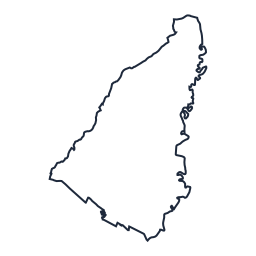 outline of Cajicá, Cundinamarca, Colombia
{"feature_id": "7082276B54625644795372", "entity_name": "Cajicá", "entity_type": "district", "adm_level": 2, "iso_a3": "COL", "parent_name": "Colombia", "parent_adm1": "Cundinamarca", "projection": "robinson", "projection_center": [-74.022, 4.935], "detail": "fine", "context": "isolated", "style": "outline", "palette": "slate", "viewbox_px": 256, "rotation_deg": 0, "n_neighbors": 0, "source": "geoboundaries", "source_scale": "gbopen_adm2", "svg_char_len": 5850}
<svg xmlns="http://www.w3.org/2000/svg" viewBox="0 0 256 256"><path d="M202.3,44.0L202.2,39.4L201.9,35.6L201.5,33.2L200.5,29.4L200.0,24.2L199.2,22.5L198.1,20.9L197.4,18.8L197.2,17.8L190.4,16.0L189.9,15.6L187.9,15.4L187.0,15.5L186.2,15.9L183.2,17.9L181.6,18.6L176.9,19.5L173.9,19.3L174.0,21.8L172.9,25.9L173.2,27.2L173.3,28.9L173.8,29.5L174.4,31.2L174.7,31.7L175.4,32.3L176.1,32.4L175.1,33.8L174.3,34.4L173.1,34.9L170.1,35.7L167.4,37.8L168.0,39.6L168.5,42.0L167.5,42.8L165.9,43.6L163.4,45.7L161.8,46.7L158.5,50.8L156.4,52.5L153.4,54.0L151.5,56.2L148.6,57.4L146.8,58.9L145.5,60.4L143.0,61.7L140.9,63.1L134.6,66.9L134.0,66.9L132.2,68.2L131.1,68.3L129.8,67.5L125.2,69.3L123.7,70.3L123.0,71.1L122.0,72.6L121.2,75.4L120.4,77.2L118.3,80.1L117.1,81.3L116.0,81.5L115.0,82.2L114.4,82.3L113.3,82.8L113.0,83.3L112.1,83.9L111.2,88.2L108.9,94.2L109.0,95.0L108.8,95.7L108.5,96.2L106.7,96.5L106.1,96.8L105.2,97.9L104.9,98.4L104.1,101.0L103.0,103.1L102.8,104.4L101.9,103.8L99.7,107.1L99.3,107.4L100.1,108.9L100.7,110.4L99.7,110.8L98.0,111.8L96.9,113.0L96.5,115.6L95.9,117.4L96.1,120.1L95.4,123.3L94.5,124.9L93.5,126.4L93.2,127.6L92.3,129.2L91.3,130.2L90.1,130.9L88.7,131.3L87.5,131.2L86.2,131.5L85.2,131.8L84.3,132.4L84.0,133.1L83.8,134.9L83.6,135.8L83.1,136.5L82.0,137.5L81.1,139.1L80.5,139.6L79.5,139.6L77.5,141.0L76.5,141.3L76.2,141.3L75.2,141.8L74.5,143.6L73.9,144.3L73.7,145.2L73.8,146.1L74.4,147.6L74.4,149.0L74.3,149.6L74.0,149.9L73.1,148.8L71.5,148.0L71.0,148.9L69.5,151.1L68.4,153.7L68.0,156.4L67.0,158.0L66.3,158.4L65.3,158.4L64.3,160.4L63.5,160.8L63.4,161.1L63.0,161.6L62.4,161.8L61.4,161.5L59.7,162.6L58.3,162.7L57.5,163.0L57.0,163.2L56.1,165.1L55.8,165.4L54.8,167.3L54.3,167.7L52.7,168.4L51.9,168.9L51.2,171.3L51.1,172.5L50.3,173.3L49.7,173.1L51.4,173.9L50.2,176.4L49.7,179.0L53.0,179.8L54.0,180.3L56.6,181.1L59.7,180.9L61.6,181.0L65.5,184.3L69.8,188.5L85.7,202.7L85.8,202.7L88.1,197.7L88.7,197.7L89.4,198.1L91.1,199.6L92.1,200.9L96.1,204.2L97.9,206.1L101.0,208.2L102.0,209.0L103.7,210.0L103.7,210.4L104.3,211.7L104.3,211.9L103.1,211.4L101.3,211.4L101.0,211.6L100.9,211.9L101.2,212.8L101.6,213.0L101.7,214.1L101.9,214.6L102.3,214.7L102.7,214.6L103.4,212.9L104.3,212.7L104.8,212.9L104.6,214.1L105.6,214.7L105.6,215.2L105.3,215.5L103.8,214.6L103.3,214.8L103.5,215.5L104.5,216.6L104.3,216.9L103.6,217.2L102.6,217.1L102.1,217.3L102.0,217.9L102.6,218.3L102.7,219.5L103.3,219.6L104.8,220.3L116.0,226.3L117.5,222.8L120.8,224.7L120.6,225.1L121.6,225.6L122.1,225.1L122.7,225.2L127.9,230.1L128.7,230.1L129.2,226.5L129.7,226.7L143.2,233.5L144.1,234.1L146.6,239.6L147.6,240.6L148.8,239.1L150.1,238.0L151.4,237.4L153.7,237.1L155.4,236.5L156.6,235.5L157.4,234.4L159.8,231.0L160.1,229.7L161.1,229.7L163.4,230.6L164.2,230.5L164.4,230.1L164.4,229.5L163.3,225.6L163.1,223.6L163.2,222.3L164.2,217.5L164.2,215.2L164.3,214.4L165.0,213.8L167.6,213.0L169.8,211.5L171.9,211.0L172.4,210.7L172.6,210.3L172.4,209.6L171.0,207.3L170.9,206.7L171.5,205.8L171.8,205.8L172.1,206.2L173.8,209.0L174.0,209.1L175.0,207.4L178.5,202.4L179.2,200.7L179.2,199.2L177.4,198.4L177.2,197.8L177.4,197.6L178.4,197.2L180.9,197.1L182.7,196.7L183.6,196.9L185.0,197.8L185.7,197.6L186.4,197.2L187.2,196.2L189.4,192.1L190.3,188.1L190.3,187.3L190.1,187.0L187.5,186.4L187.1,186.5L185.9,187.6L185.4,187.5L185.1,186.8L185.1,183.8L184.8,183.2L184.2,182.2L182.7,181.0L179.6,180.8L179.1,180.4L179.3,179.7L180.1,179.2L182.1,179.0L182.7,178.8L182.9,178.3L182.8,177.3L181.9,175.9L180.6,174.7L180.1,174.6L178.3,175.0L177.5,175.0L177.4,174.1L177.6,173.5L179.0,172.3L180.0,172.0L181.0,172.3L183.1,173.7L184.3,174.2L185.3,174.0L185.7,173.2L185.7,170.9L185.3,169.4L185.2,167.8L184.6,165.0L184.4,162.1L184.7,158.3L184.3,157.5L183.9,157.1L182.4,156.4L181.4,156.1L176.5,155.1L176.0,154.8L175.8,154.5L175.8,153.6L176.3,146.6L176.5,145.8L177.0,145.2L180.2,143.7L182.2,141.9L183.3,141.1L185.4,139.9L187.6,139.0L188.3,138.2L188.6,137.3L188.6,136.5L188.1,136.0L184.5,133.8L183.1,133.8L181.7,134.3L181.3,134.0L181.1,133.3L181.3,132.6L181.8,131.7L182.3,131.3L183.3,131.1L184.5,131.8L184.4,129.1L184.7,125.8L184.4,124.6L183.2,122.1L183.0,120.7L182.3,119.6L181.9,118.2L180.9,116.2L180.6,115.1L180.6,114.3L180.9,113.4L181.9,111.8L182.1,111.6L182.7,111.6L183.3,111.9L183.7,112.4L184.6,113.7L184.9,114.7L184.9,115.6L184.4,117.0L184.6,117.8L185.1,118.4L186.0,118.4L187.7,116.5L188.2,115.0L188.2,114.0L185.6,111.3L185.0,111.0L183.0,110.6L182.7,110.2L182.7,109.8L183.1,108.8L183.8,107.9L184.3,107.6L186.0,107.6L186.7,108.0L187.2,108.4L188.7,110.8L189.4,111.2L190.2,110.8L190.9,110.0L191.6,109.1L192.1,108.0L191.8,106.8L191.1,106.5L188.7,108.0L188.0,108.2L187.7,107.9L187.7,106.8L188.2,105.9L188.3,104.4L189.6,104.5L190.6,103.5L191.4,103.4L192.9,103.6L193.3,103.1L192.7,101.1L193.3,98.6L193.0,98.1L191.9,97.9L191.6,97.5L191.9,96.8L192.5,96.5L193.2,95.6L193.2,94.1L192.6,92.3L192.7,90.3L192.3,89.6L192.1,89.5L190.5,90.1L190.0,90.1L189.8,89.9L189.5,89.1L189.4,86.7L190.5,87.0L191.0,86.8L191.2,86.4L191.3,84.7L191.8,84.2L192.2,84.1L192.9,84.3L194.0,85.0L194.7,85.0L194.9,84.8L195.0,84.2L195.2,78.9L195.5,78.1L195.9,77.7L196.4,77.8L197.5,79.9L197.8,80.0L198.2,79.9L198.9,79.2L199.8,78.7L200.1,78.3L200.0,77.7L198.7,76.4L198.6,76.0L198.7,75.6L199.4,75.1L201.8,74.4L203.0,73.7L204.7,71.6L206.3,68.2L206.3,66.9L206.0,66.5L205.5,66.6L202.7,67.8L202.1,69.0L200.5,70.9L200.0,71.9L199.4,72.4L198.5,72.2L196.7,70.9L196.5,70.5L196.7,69.7L197.6,69.0L199.2,68.8L199.5,68.6L199.7,68.3L199.5,67.7L198.4,66.8L198.0,66.3L197.8,65.7L197.9,65.2L198.2,64.9L199.5,64.5L199.8,62.6L200.0,62.3L200.7,62.0L201.9,62.1L202.4,61.5L202.4,59.7L202.2,59.1L201.5,58.7L200.0,58.5L199.4,57.9L199.3,57.3L199.4,55.9L200.3,55.2L203.3,54.7L205.3,53.2L206.0,52.3L205.8,49.9L205.1,48.2L204.2,46.7L202.4,46.4L201.8,46.6L201.5,47.0L201.5,47.6L201.9,49.2L201.4,49.7L200.7,49.6L199.7,48.3L199.6,47.1L200.1,45.9L201.0,44.7L202.3,44.0Z" fill="none" stroke="#1e293b" stroke-width="2"/></svg>